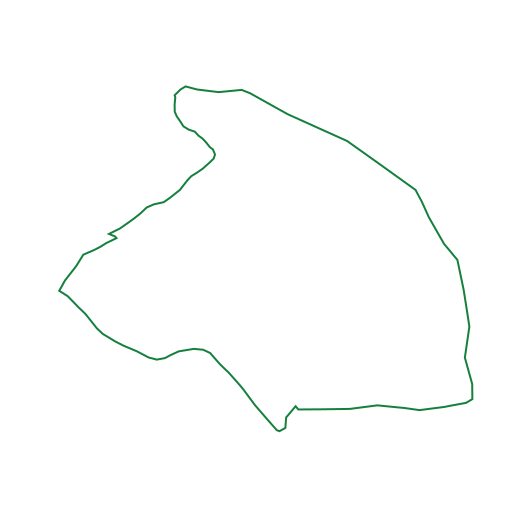 outline of Nyenawliken, River Gee, Liberia, rotated 81°
{"feature_id": "62588387B90652682225930", "entity_name": "Nyenawliken", "entity_type": "district", "adm_level": 2, "iso_a3": "LBR", "parent_name": "Liberia", "parent_adm1": "River Gee", "projection": "natural_earth1", "projection_center": [-7.985, 5.129], "detail": "fine", "context": "isolated", "style": "outline", "palette": "green", "viewbox_px": 512, "rotation_deg": 81, "n_neighbors": 0, "source": "geoboundaries", "source_scale": "gbopen_adm2", "svg_char_len": 1540}
<svg xmlns="http://www.w3.org/2000/svg" viewBox="0 0 512 512"><g transform="rotate(81 256 256)"><path d="M211.2,397.7L212.6,395.5L214.5,392.3L216.5,391.0L219.8,401.8L222.6,408.4L224.8,415.1L227.7,426.4L237.8,435.1L250.3,448.5L259.6,455.8L266.2,448.3L275.1,442.0L278.7,439.5L286.6,433.5L302.7,424.4L303.2,424.0L309.0,419.5L318.6,408.1L323.9,400.8L331.4,388.7L339.5,377.8L340.9,374.5L342.8,370.3L342.6,361.9L340.4,355.5L338.1,347.2L338.0,331.9L340.3,322.9L344.6,316.5L357.3,308.5L364.1,303.4L366.9,301.2L379.6,293.1L385.2,289.7L403.2,280.3L418.7,270.7L431.3,262.7L432.7,260.2L430.4,253.9L420.2,251.5L410.6,240.4L414.2,238.2L417.7,215.0L421.7,187.3L422.5,159.5L428.4,136.9L428.8,135.2L429.1,134.0L433.8,118.6L434.5,94.6L434.5,93.6L434.5,92.4L434.3,87.2L433.9,71.5L431.2,64.7L416.3,62.5L389.0,65.6L359.1,56.3L339.9,56.2L321.9,56.2L291.3,57.7L286.9,60.4L281.4,63.6L273.4,68.4L244.8,79.2L228.1,83.8L218.1,87.3L215.8,88.0L185.2,118.9L156.6,148.1L141.8,170.7L141.4,171.3L121.8,201.2L120.6,202.9L112.4,213.4L94.3,236.4L89.7,244.2L88.3,267.3L82.3,288.2L77.5,299.0L79.7,304.5L84.5,311.2L86.7,310.9L93.7,312.7L97.4,313.2L100.7,313.7L105.7,312.4L111.6,309.6L116.6,307.4L120.7,302.6L123.6,297.0L128.1,294.0L131.6,290.5L136.2,287.4L141.2,284.6L144.0,281.9L149.3,280.6L153.2,282.6L156.9,287.9L160.7,293.9L161.3,294.7L164.7,301.8L167.0,307.4L170.3,311.7L178.8,320.8L184.9,331.6L188.4,338.7L189.0,348.8L191.0,356.4L195.8,363.4L199.6,370.1L201.0,372.8L202.6,376.0L207.6,386.2L209.2,391.4L211.2,397.7Z" fill="none" stroke="#15803d" stroke-width="2"/></g></svg>